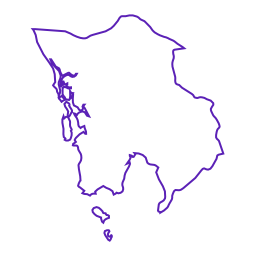 outline of Kaôh Kong
{"feature_id": "KHM-1779", "entity_name": "Kaôh Kong", "entity_type": "Province", "adm_level": 1, "iso_a3": "KHM", "parent_name": "Cambodia", "parent_adm1": "", "projection": "orthographic", "projection_center": [103.349, 11.344], "detail": "fine", "context": "isolated", "style": "outline", "palette": "violet", "viewbox_px": 256, "rotation_deg": 0, "n_neighbors": 0, "source": "natural_earth", "source_scale": "10m", "svg_char_len": 5606}
<svg xmlns="http://www.w3.org/2000/svg" viewBox="0 0 256 256"><path d="M53.1,85.3L55.2,82.1L54.7,74.1L53.1,68.5L49.2,62.5L43.4,54.3L37.1,42.0L35.7,35.0L33.5,30.1L32.7,29.1L34.8,29.1L65.2,31.3L70.6,33.6L73.4,35.2L76.8,36.7L80.4,37.9L82.9,38.3L85.2,38.3L86.8,37.9L90.4,35.7L92.7,34.9L105.6,31.3L111.1,28.3L113.8,25.8L117.8,20.9L119.5,18.0L120.8,16.6L121.9,16.2L125.6,16.2L129.4,15.4L132.8,15.4L136.7,16.5L137.7,17.0L138.6,17.6L140.2,19.1L141.0,19.6L144.3,21.1L144.7,21.4L150.2,27.0L152.5,30.3L153.6,31.4L154.7,32.4L157.7,34.2L159.9,35.3L163.9,36.8L166.2,37.4L168.5,38.4L168.9,38.7L173.2,40.6L174.5,41.4L177.5,43.8L182.7,47.1L184.2,48.3L174.5,49.7L173.9,50.0L173.6,50.2L173.4,50.5L173.2,51.0L173.1,52.0L173.2,53.0L173.3,54.1L173.6,55.1L173.8,56.4L173.7,58.2L172.8,60.9L172.4,62.6L172.3,64.1L172.5,66.7L175.2,76.8L175.3,78.2L175.2,80.6L175.3,81.7L175.5,82.7L175.9,83.4L176.3,83.9L176.8,84.2L178.1,84.7L179.2,85.0L182.0,87.7L191.8,93.9L193.2,95.1L194.2,96.9L194.7,97.4L195.2,97.6L197.1,98.0L197.8,97.9L199.2,97.4L200.3,97.2L201.9,97.3L204.4,97.9L206.8,99.2L210.7,100.6L213.2,103.1L213.3,103.9L213.3,104.8L211.8,107.1L210.9,108.8L210.9,110.0L211.2,111.1L213.2,115.3L213.8,116.1L215.6,118.0L216.8,119.8L218.7,123.3L219.4,125.3L219.6,126.7L219.3,127.4L218.8,128.0L217.8,129.0L217.2,130.1L216.7,131.7L216.1,135.0L216.1,136.5L216.1,137.4L216.6,138.3L216.8,138.7L218.1,139.9L219.0,141.0L223.3,153.6L218.6,154.7L218.1,155.0L217.3,155.5L216.5,158.9L216.3,159.2L212.4,166.2L210.4,168.7L209.7,169.0L208.2,169.6L207.1,169.5L206.0,169.2L205.1,168.8L204.1,168.4L203.4,168.6L202.7,168.9L201.4,170.3L195.3,178.0L183.4,188.1L181.2,189.6L180.2,190.0L179.2,190.2L178.5,190.2L175.6,190.0L174.7,190.5L173.9,191.4L172.9,193.7L172.5,194.9L172.2,195.9L172.2,197.7L172.0,198.9L171.8,199.4L171.4,200.2L169.4,203.6L168.4,205.6L168.2,206.2L167.9,206.7L167.3,207.6L164.0,210.5L160.3,212.7L160.3,212.0L158.5,211.5L158.0,210.6L158.8,204.5L159.3,203.4L160.4,202.4L162.1,201.5L163.7,200.4L165.0,198.4L165.2,196.8L164.9,191.3L162.9,186.3L158.9,179.3L156.2,172.3L158.3,167.5L155.6,165.4L154.3,164.9L150.2,164.4L148.5,163.7L147.3,162.6L145.7,157.6L142.7,155.0L138.7,153.5L134.5,153.1L134.8,153.5L135.0,153.7L135.5,154.0L133.6,156.9L132.6,156.9L132.0,155.9L131.5,155.6L129.8,155.1L129.8,155.9L130.6,157.6L129.7,159.7L126.9,163.7L129.7,162.5L130.0,163.9L129.0,166.5L125.4,172.9L124.6,175.6L124.2,178.7L122.6,182.4L122.3,184.1L122.4,185.4L123.1,187.6L123.2,189.3L122.5,191.4L120.6,192.8L118.4,193.3L116.5,192.7L115.9,193.4L115.3,193.8L113.7,194.6L112.5,191.2L109.6,189.2L106.2,187.8L103.3,186.0L97.6,189.4L95.2,191.6L95.7,193.7L93.8,193.6L92.1,193.9L90.9,194.6L90.0,195.6L87.3,194.2L84.1,193.9L82.4,193.2L84.3,190.8L80.0,187.4L79.0,186.9L78.1,185.8L78.8,183.4L79.9,181.1L80.5,180.6L80.2,176.2L78.9,169.0L78.5,165.1L79.0,163.8L80.0,162.3L81.0,160.4L81.4,157.9L81.2,155.4L80.7,153.8L78.6,150.2L78.2,149.1L78.1,147.9L77.8,146.7L77.2,145.8L76.3,145.5L73.6,145.5L72.9,145.3L73.2,143.8L74.8,142.8L75.9,141.9L74.8,140.4L74.8,139.6L75.9,137.9L79.6,134.3L83.5,131.9L85.3,133.8L86.1,133.8L86.0,131.6L84.7,128.0L84.3,126.0L82.4,126.8L81.4,127.3L80.6,128.0L78.8,126.3L78.3,124.7L78.2,122.8L77.7,120.2L76.8,118.1L74.8,115.2L73.9,113.4L75.0,113.7L75.4,113.8L75.6,114.1L75.9,115.4L76.7,115.4L77.6,113.8L79.0,112.6L80.8,111.8L82.9,111.5L84.8,112.3L87.0,115.7L89.1,116.4L84.7,108.1L83.4,106.7L84.0,105.2L84.4,104.7L83.4,104.7L83.1,105.2L82.5,106.7L83.0,107.8L82.8,109.1L81.9,110.2L80.6,110.5L79.2,109.8L77.6,107.3L73.9,105.4L72.9,102.4L72.8,98.8L73.0,96.0L72.0,97.0L72.5,94.1L73.0,93.1L71.7,93.0L71.0,92.6L70.1,91.1L70.2,96.0L69.9,98.2L69.2,99.9L68.2,99.9L66.7,99.4L64.8,99.8L62.9,100.8L61.6,101.8L58.7,97.9L61.6,96.0L62.3,96.9L64.4,98.9L65.4,98.9L64.9,97.5L63.4,95.7L62.6,94.1L62.6,88.3L64.2,86.8L66.1,87.4L68.4,88.5L71.0,88.3L71.0,87.3L69.3,87.4L67.9,87.0L66.9,86.3L66.3,85.4L66.3,84.4L67.3,84.4L67.3,83.4L65.9,84.1L65.4,84.4L64.4,84.4L64.2,83.3L63.5,81.5L62.6,81.5L62.6,84.4L61.6,83.4L61.6,86.4L60.7,86.4L60.9,82.5L61.7,79.5L63.1,77.3L65.4,75.7L66.8,75.1L68.0,74.8L69.2,75.1L70.6,76.2L72.3,76.9L74.2,76.6L75.9,75.4L76.8,73.8L75.9,73.8L74.7,75.6L72.8,75.5L70.7,74.2L69.2,72.8L68.3,72.8L62.6,75.7L61.8,74.8L60.8,73.1L60.0,71.1L59.7,69.5L59.0,68.3L55.7,66.5L51.1,59.3L50.3,59.3L52.3,63.9L59.1,71.1L60.7,75.7L60.4,78.1L58.8,82.2L58.7,84.4L60.2,90.4L60.0,92.9L58.7,96.0L58.5,94.2L57.1,91.7L56.8,89.7L56.3,88.7L53.9,86.4L53.1,85.3ZM70.1,126.0L70.7,127.6L71.4,128.8L71.7,129.8L70.9,130.8L71.7,132.7L71.6,135.4L70.9,137.9L70.1,139.6L68.2,140.5L66.0,140.5L64.7,139.8L65.4,138.5L63.8,137.0L63.4,134.0L63.5,128.9L62.4,122.8L62.4,119.4L63.5,116.3L63.7,117.0L64.1,117.6L64.3,118.3L65.9,116.9L67.2,116.8L68.3,117.6L70.0,121.2L70.1,122.7L70.0,124.2L70.1,126.0ZM106.0,214.4L106.6,215.0L107.8,215.1L108.9,215.8L109.0,217.8L107.1,218.5L105.5,219.3L104.2,220.5L103.3,222.7L102.1,221.7L101.5,220.0L101.1,218.5L100.9,217.8L101.0,217.5L96.6,215.8L94.5,214.1L92.8,212.1L92.4,210.0L93.7,208.1L96.5,207.1L98.8,207.8L100.7,209.4L102.3,211.1L102.7,211.6L102.9,212.5L103.3,213.0L104.1,213.2L105.0,213.2L105.7,213.4L106.0,214.4ZM69.2,105.7L69.9,107.0L71.4,109.3L72.0,110.5L72.0,111.5L71.4,112.5L69.8,115.6L69.2,116.3L67.8,116.2L67.7,114.8L68.2,111.5L67.0,109.2L65.2,106.6L64.4,104.0L66.3,101.8L68.6,103.2L69.2,103.7L69.5,104.5L69.5,105.1L69.3,105.6L69.2,105.7ZM111.2,235.2L111.4,235.2L111.8,235.8L111.8,236.8L111.2,237.9L110.6,239.5L109.7,240.6L108.2,239.7L105.3,235.3L104.4,233.0L104.9,231.1L106.8,230.3L108.3,230.2L109.1,230.5L109.4,231.4L108.1,233.4L108.0,234.0L107.9,234.7L108.2,235.9L108.9,236.5L109.9,236.6L110.8,235.8L111.2,235.2Z" fill="none" stroke="#5b21b6" stroke-width="2"/></svg>